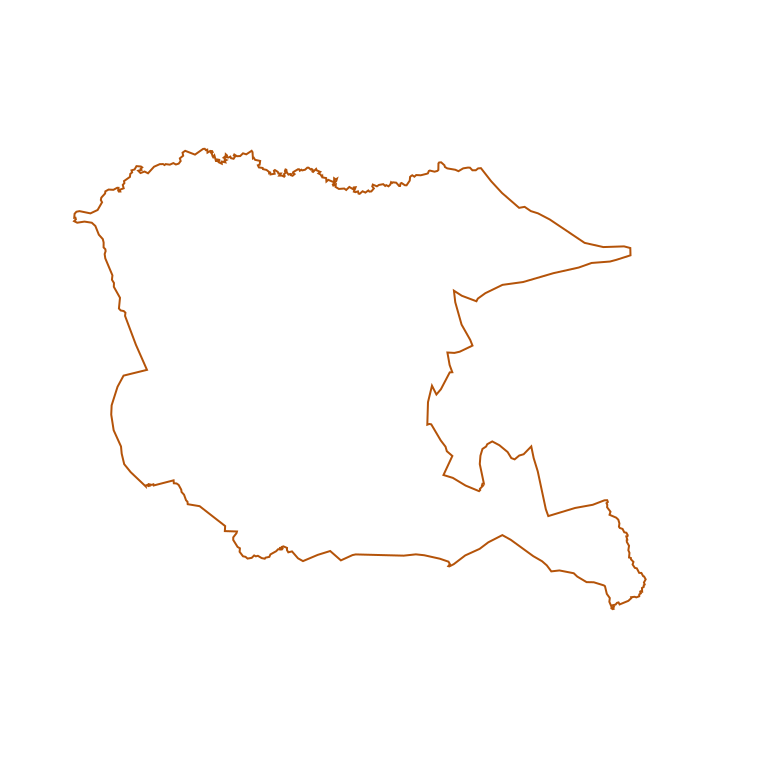 Handeni, Tanga, United Republic of Tanzania (Mercator projection), rotated 165°
{"feature_id": "72390352B54290670955979", "entity_name": "Handeni", "entity_type": "district", "adm_level": 2, "iso_a3": "TZA", "parent_name": "United Republic of Tanzania", "parent_adm1": "Tanga", "projection": "mercator", "projection_center": [38.284, -5.494], "detail": "fine", "context": "isolated", "style": "outline", "palette": "amber", "viewbox_px": 768, "rotation_deg": 165, "n_neighbors": 0, "source": "geoboundaries", "source_scale": "gbopen_adm2", "svg_char_len": 6166}
<svg xmlns="http://www.w3.org/2000/svg" viewBox="0 0 768 768"><g transform="rotate(165 384 384)"><path d="M182.6,130.8L183.4,131.3L184.3,134.9L186.4,135.5L187.5,140.5L189.3,141.5L190.6,145.3L189.1,147.6L190.8,150.7L190.6,152.1L192.2,153.0L190.6,157.4L191.0,160.2L189.2,164.3L190.3,168.5L190.0,170.3L189.3,170.5L189.4,174.1L188.2,174.0L187.7,174.9L188.4,177.6L190.3,178.6L191.1,182.3L193.5,183.9L194.0,185.3L192.7,188.4L192.8,192.3L194.3,194.8L200.0,199.3L198.3,202.0L200.4,207.2L199.6,209.5L199.9,211.3L198.3,212.1L198.5,214.0L201.2,214.6L213.6,213.3L231.5,214.8L259.5,213.9L260.1,221.2L258.1,259.8L258.6,273.8L257.9,285.6L267.3,280.0L271.9,279.9L277.3,277.4L280.2,279.5L282.2,286.3L288.4,295.0L294.3,300.5L299.9,299.1L301.5,297.2L305.7,295.8L309.4,289.8L312.2,281.9L313.3,261.8L314.7,262.2L315.6,260.7L314.8,260.1L318.5,257.9L318.5,256.7L319.9,255.9L331.5,264.8L341.8,275.5L350.1,280.7L336.6,296.8L340.7,302.8L340.8,307.5L343.8,314.8L348.8,332.8L350.6,333.7L352.7,333.5L346.2,355.1L338.1,369.9L336.1,360.3L330.4,364.2L317.5,378.2L315.0,377.7L315.7,385.4L314.6,398.0L307.9,395.8L302.5,395.6L288.6,398.2L289.3,404.3L293.7,421.3L294.0,444.6L292.3,456.0L286.0,449.1L273.3,440.0L271.3,442.2L262.6,445.5L243.9,449.1L223.3,446.5L191.6,447.2L165.8,446.1L152.2,447.2L134.0,443.8L127.4,443.8L112.6,444.5L110.9,451.6L116.5,454.8L136.7,459.5L153.7,468.4L181.3,500.0L191.1,509.0L197.4,513.0L202.3,518.7L207.9,519.2L220.6,538.0L228.0,552.1L234.5,567.4L237.3,567.9L240.0,566.7L243.3,567.6L245.0,570.7L246.8,571.3L251.7,571.8L257.0,570.3L259.7,572.5L267.1,575.9L269.0,577.9L269.0,579.6L271.4,583.3L273.4,583.7L274.3,583.0L276.1,576.7L277.3,576.0L280.2,576.0L284.5,578.3L285.6,578.1L287.1,576.1L288.4,576.0L294.5,576.1L298.8,577.5L301.0,576.4L302.7,578.3L304.0,577.9L305.2,577.3L306.5,573.8L310.8,570.1L312.4,570.6L315.0,573.6L316.1,573.4L317.3,571.1L318.1,571.3L320.1,575.3L323.2,576.5L324.1,576.1L324.9,577.1L326.3,575.0L328.5,573.8L330.4,575.5L331.6,575.0L333.0,577.2L337.3,577.6L339.7,576.8L343.2,579.5L344.2,577.9L343.2,575.5L346.4,573.3L348.3,573.6L349.1,575.0L352.4,573.7L354.8,575.7L358.3,574.0L359.3,574.5L359.3,576.8L362.0,576.7L363.3,577.6L360.5,581.4L362.4,581.7L363.4,580.1L366.5,583.3L370.3,581.2L371.8,583.1L377.1,584.1L379.8,586.9L378.9,589.3L381.6,588.8L381.8,589.9L377.6,592.4L376.3,594.5L377.6,594.1L378.9,595.6L379.8,592.4L380.6,592.2L385.0,595.6L387.2,594.5L386.6,597.9L390.0,599.5L389.8,600.7L390.3,600.3L391.1,602.8L392.8,604.4L390.7,605.4L393.7,607.8L393.9,609.3L397.6,607.2L398.2,607.8L397.5,609.5L398.2,610.4L399.2,610.1L400.9,612.5L402.1,612.8L404.8,611.4L407.7,611.5L408.4,612.4L410.1,611.8L410.4,613.3L411.4,613.7L416.8,612.2L417.3,611.5L416.1,609.9L418.4,608.8L419.9,609.8L419.4,610.7L420.2,611.2L422.1,611.0L423.1,613.7L422.9,616.2L423.6,616.7L424.6,615.4L424.4,613.5L426.3,612.6L426.1,610.6L426.8,610.1L428.6,611.7L431.2,612.4L429.2,614.0L431.5,614.6L431.7,616.4L434.0,618.9L435.1,618.5L435.2,615.4L439.4,615.8L439.2,617.5L440.4,617.3L440.2,618.7L442.1,621.2L445.3,622.9L445.3,624.1L448.8,625.6L449.2,627.9L447.4,628.0L445.9,631.5L450.5,633.9L451.2,636.2L452.2,635.9L451.0,642.0L451.5,643.5L457.6,641.5L460.5,643.3L463.9,641.4L467.1,642.1L469.2,644.4L469.9,643.6L468.8,642.4L471.0,640.5L473.3,641.7L473.6,643.4L475.6,643.0L477.3,643.7L476.5,645.4L477.4,646.8L477.9,645.3L480.3,644.1L479.3,643.2L479.7,642.1L478.3,641.1L480.1,640.7L479.9,639.2L483.3,640.9L483.7,638.8L486.3,641.0L485.2,643.2L486.9,644.0L487.5,642.6L488.6,642.9L488.7,648.7L490.3,647.3L490.6,648.4L490.7,651.7L489.5,652.2L489.7,653.4L490.5,653.7L491.3,652.5L491.8,654.0L494.6,653.2L494.1,656.1L495.5,656.0L496.3,657.6L497.9,657.9L507.2,654.5L515.7,660.7L518.7,659.6L518.9,656.5L522.8,654.8L522.7,652.0L525.3,650.0L528.2,649.9L530.3,651.9L534.1,651.3L538.0,652.9L539.3,652.3L540.5,653.6L543.6,654.4L549.9,653.4L557.4,648.6L560.3,651.2L564.6,650.8L566.2,653.6L562.9,653.6L563.3,654.8L561.5,655.8L562.5,657.0L566.7,658.5L569.4,655.8L572.6,655.7L572.5,653.6L574.7,652.6L575.8,649.8L582.6,647.3L582.8,645.2L584.8,643.9L584.8,640.4L589.0,640.0L588.9,638.2L590.3,638.5L590.7,639.8L589.7,642.2L590.9,642.6L595.1,641.6L599.7,643.1L603.3,642.2L604.1,640.2L608.8,637.2L609.9,635.0L609.3,632.5L615.6,626.2L623.4,624.8L633.4,629.8L636.5,630.0L638.8,628.5L640.2,624.7L639.0,624.5L639.0,622.8L641.2,621.5L638.6,619.2L631.3,618.4L624.5,615.4L621.9,611.3L620.8,602.0L618.1,596.7L618.2,593.2L619.5,588.5L618.3,586.3L618.5,584.4L620.2,581.8L620.7,577.5L618.2,559.2L619.8,555.1L618.7,551.5L619.8,547.8L616.7,535.6L620.5,525.5L619.3,523.2L616.5,521.8L615.3,519.8L616.5,516.8L613.5,486.2L609.3,459.0L633.4,459.5L642.1,450.3L652.6,433.9L655.4,425.0L657.1,409.3L654.2,391.7L655.4,384.6L655.7,373.8L651.5,364.4L640.7,346.8L640.6,347.7L638.9,347.7L638.1,346.4L637.1,346.4L637.8,347.4L637.3,348.2L634.5,346.7L632.7,346.8L632.7,345.6L612.2,345.4L612.7,342.5L610.1,341.6L608.5,339.7L607.2,334.4L607.5,332.1L605.8,328.8L605.3,322.9L604.3,321.2L604.7,318.7L593.7,313.7L574.2,287.9L575.8,283.1L564.2,279.6L565.1,278.1L569.3,274.9L570.0,272.4L567.6,264.5L565.7,262.6L566.9,259.3L564.8,254.1L562.5,252.9L561.0,250.7L556.8,250.3L553.8,252.0L552.4,250.7L550.3,250.7L547.2,247.5L544.4,246.1L543.4,246.9L539.5,246.7L537.8,248.8L531.4,250.4L529.1,251.8L527.8,251.4L527.0,252.6L526.1,252.4L526.7,250.9L525.5,250.6L524.5,251.3L524.7,253.1L523.2,253.2L520.1,250.8L520.7,248.7L520.0,246.2L516.2,246.1L512.2,237.9L508.1,233.9L492.2,236.1L479.2,236.6L471.3,224.8L458.7,226.9L455.4,226.7L409.4,213.1L397.3,211.2L389.5,208.2L375.3,200.8L367.7,195.7L367.0,193.0L369.0,191.4L368.1,190.9L363.3,191.9L349.9,197.4L334.3,200.0L324.2,204.1L308.8,207.4L301.8,200.6L284.4,179.1L277.2,171.9L273.7,166.7L270.9,159.7L262.8,158.5L249.7,152.1L247.2,148.0L239.6,140.2L232.7,138.2L223.8,132.6L222.9,131.5L223.1,123.6L221.3,118.8L222.7,115.3L221.9,109.8L222.4,108.5L221.3,107.3L220.5,107.4L221.0,108.4L219.5,109.3L220.1,111.1L217.4,111.0L215.6,112.3L214.0,112.3L213.5,110.1L204.1,111.3L200.5,113.2L200.5,114.1L197.0,113.6L195.5,112.6L192.4,112.9L191.9,114.7L190.1,115.3L190.4,116.9L189.9,117.4L188.4,116.6L187.6,120.2L185.6,120.8L185.2,122.4L184.1,122.8L184.3,125.0L181.8,127.6L182.6,130.8Z" fill="none" stroke="#b45309" stroke-width="2"/></g></svg>